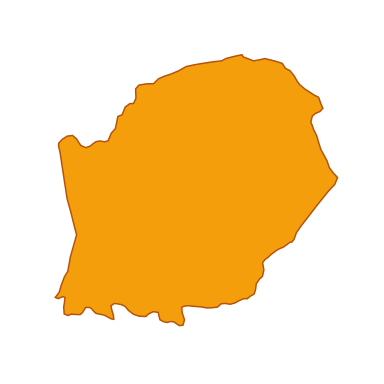 the district of Örnsköldsvik, Västernorrland, Sweden, rotated 281°
{"feature_id": "70781695B95877755672969", "entity_name": "Örnsköldsvik", "entity_type": "district", "adm_level": 2, "iso_a3": "SWE", "parent_name": "Sweden", "parent_adm1": "Västernorrland", "projection": "albers", "projection_center": [18.104, 63.556], "detail": "fine", "context": "isolated", "style": "filled", "palette": "amber", "viewbox_px": 384, "rotation_deg": 281, "n_neighbors": 0, "source": "geoboundaries", "source_scale": "gbopen_adm2", "svg_char_len": 2134}
<svg xmlns="http://www.w3.org/2000/svg" viewBox="0 0 384 384"><g transform="rotate(281 192 192)"><path d="M62.4,77.9L61.8,81.0L64.7,85.2L64.3,87.5L58.5,87.9L54.7,88.0L47.9,89.8L47.1,93.9L49.0,96.7L49.8,102.9L50.3,105.6L52.7,107.5L58.4,109.7L59.1,113.8L58.3,115.6L55.9,118.6L54.5,121.0L54.4,129.4L52.1,136.7L52.1,139.5L55.9,138.4L60.5,136.0L64.8,134.1L67.6,136.8L68.0,139.2L68.0,143.9L67.0,148.2L63.7,152.1L60.8,157.9L60.0,163.9L61.0,170.5L64.1,172.7L67.1,176.8L67.4,181.8L64.5,183.0L60.5,184.9L59.3,188.6L59.2,192.7L60.7,195.4L61.1,198.8L58.4,205.1L59.6,208.6L65.2,209.0L71.4,205.5L76.8,203.9L78.4,206.0L79.7,210.2L80.2,216.5L81.0,223.2L81.0,228.0L81.7,231.9L83.7,238.8L87.9,242.1L88.9,245.8L89.1,250.9L91.3,255.4L94.7,259.5L97.1,263.1L97.8,266.6L100.6,268.9L103.8,272.5L108.3,273.0L114.1,272.6L119.1,274.7L122.8,277.3L129.2,277.4L132.3,276.3L135.9,274.8L139.4,276.4L142.1,278.9L145.6,281.4L150.4,285.7L152.4,287.9L155.7,292.6L161.2,297.6L161.9,299.5L162.7,300.0L164.9,301.2L171.7,302.2L179.4,305.5L189.0,310.4L199.3,315.5L210.5,321.3L218.9,325.8L226.7,330.7L234.0,332.1L237.5,327.2L242.2,322.1L248.5,318.5L253.1,314.7L258.4,310.3L264.9,306.8L271.0,303.7L276.3,299.6L280.8,297.0L283.3,295.3L289.4,295.6L292.5,298.0L295.4,302.2L299.1,304.5L303.2,301.7L309.1,298.2L310.4,293.6L314.6,283.2L317.8,277.4L320.8,274.1L325.3,270.3L329.8,265.0L331.2,260.1L335.5,256.0L336.3,249.1L336.9,238.1L334.7,233.2L332.5,227.4L333.5,221.5L334.4,216.5L336.3,214.8L332.8,206.7L329.6,200.0L326.4,196.1L324.0,188.3L320.5,178.5L317.8,171.2L314.0,162.3L308.3,155.6L303.7,148.7L300.2,142.5L296.8,137.5L291.1,133.7L289.4,126.4L286.8,119.5L282.5,117.0L277.2,118.2L273.3,119.1L267.7,117.7L266.9,114.1L264.9,112.3L262.6,110.2L254.5,108.7L252.0,104.8L245.0,104.8L239.4,104.6L234.4,101.6L230.4,100.7L226.3,99.9L224.6,96.6L224.5,91.6L223.1,88.2L220.6,85.7L217.8,83.5L215.3,79.4L216.4,74.1L219.1,71.3L221.9,68.8L224.7,64.0L223.0,58.8L219.3,54.9L214.6,51.9L211.8,52.2L205.5,55.0L179.1,64.4L161.3,70.8L148.5,77.2L139.0,81.6L133.7,84.1L127.9,86.9L105.3,85.0L90.5,85.2L84.2,82.9L75.3,81.4L68.3,80.8L62.4,77.9Z" fill="#f59e0b" stroke="#b45309" stroke-width="1.5"/></g></svg>